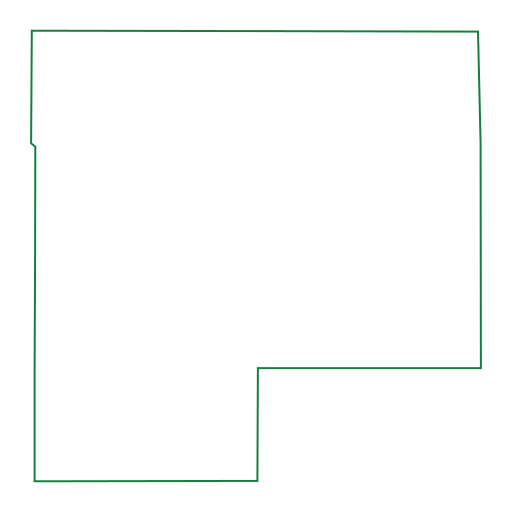 McLeod, Minnesota, United States of America
{"feature_id": "52423323B8847059572171", "entity_name": "McLeod", "entity_type": "district", "adm_level": 2, "iso_a3": "USA", "parent_name": "United States of America", "parent_adm1": "Minnesota", "projection": "orthographic", "projection_center": [-94.33, 44.805], "detail": "fine", "context": "isolated", "style": "outline", "palette": "green", "viewbox_px": 512, "rotation_deg": 0, "n_neighbors": 0, "source": "geoboundaries", "source_scale": "gbopen_adm2", "svg_char_len": 273}
<svg xmlns="http://www.w3.org/2000/svg" viewBox="0 0 512 512"><path d="M31.1,143.3L35.3,146.7L35.1,255.8L34.6,368.9L34.6,481.3L257.4,480.9L257.9,368.1L480.9,368.1L480.6,143.4L478.0,31.6L255.8,31.1L31.8,30.7L31.1,143.3Z" fill="none" stroke="#15803d" stroke-width="2"/></svg>